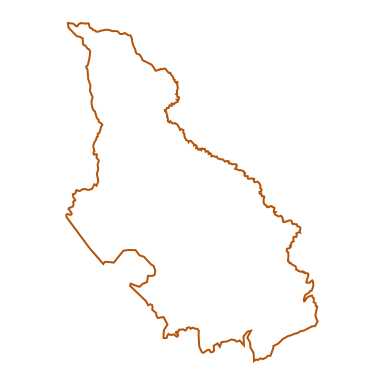 Djéma, Haut-Mbomou, Central African Republic (Natural Earth projection)
{"feature_id": "33826404B9662788023259", "entity_name": "Djéma", "entity_type": "district", "adm_level": 2, "iso_a3": "CAF", "parent_name": "Central African Republic", "parent_adm1": "Haut-Mbomou", "projection": "natural_earth1", "projection_center": [25.567, 6.936], "detail": "fine", "context": "isolated", "style": "outline", "palette": "amber", "viewbox_px": 384, "rotation_deg": 0, "n_neighbors": 0, "source": "geoboundaries", "source_scale": "gbopen_adm2", "svg_char_len": 5937}
<svg xmlns="http://www.w3.org/2000/svg" viewBox="0 0 384 384"><path d="M317.2,306.6L315.6,305.8L315.8,304.1L315.5,303.1L313.7,302.2L313.9,298.4L312.6,297.4L312.1,295.6L311.2,295.6L307.8,297.1L306.5,298.3L304.7,301.2L304.1,301.3L303.9,300.5L303.9,299.3L305.1,295.2L309.3,292.4L310.2,290.9L311.7,290.6L313.4,285.9L313.0,281.9L312.3,280.4L311.6,280.7L309.7,282.7L306.4,282.6L306.3,281.9L308.5,274.9L308.0,273.5L305.8,273.2L304.7,272.3L304.1,272.9L302.7,271.3L301.7,271.9L298.4,271.0L297.1,269.8L296.2,269.6L296.1,267.6L295.3,266.1L291.9,264.5L290.7,263.0L289.6,263.2L288.9,261.6L287.9,261.0L288.4,256.8L288.3,252.4L286.7,251.4L286.9,248.9L287.6,248.5L289.4,248.3L290.8,246.9L290.0,246.2L289.9,245.6L291.3,244.7L291.1,243.6L291.5,242.6L292.0,242.0L293.7,241.3L293.3,240.2L293.6,237.0L294.1,236.7L296.3,236.9L296.8,234.8L296.3,233.4L299.1,232.2L300.1,232.6L299.7,231.2L300.4,228.9L300.4,227.6L298.7,226.5L297.4,226.3L296.8,224.3L295.8,224.5L294.1,223.7L292.8,224.1L292.1,223.2L291.5,220.9L291.0,220.6L289.3,220.4L284.1,222.2L283.5,222.1L282.9,220.9L283.2,219.6L282.4,218.4L282.3,217.3L281.9,216.6L280.7,215.7L280.0,216.2L278.4,216.3L275.2,214.6L274.6,213.1L275.5,212.1L274.0,212.2L273.7,211.6L274.4,208.9L274.3,207.6L272.4,207.1L271.8,206.2L270.8,206.0L269.0,207.2L268.0,206.5L267.1,207.1L265.7,204.9L264.6,204.6L263.7,202.9L263.6,200.0L263.8,198.3L264.3,197.4L264.2,196.5L263.8,196.2L261.8,196.3L261.3,193.6L260.0,193.8L259.5,193.1L259.5,191.8L261.2,191.3L261.5,189.3L260.2,188.1L260.5,186.1L259.5,183.5L257.7,181.7L254.9,182.2L254.3,181.9L253.7,180.4L254.2,179.4L254.1,178.8L252.3,178.5L248.5,178.8L247.8,178.3L247.7,176.2L245.2,176.1L244.5,175.6L244.4,174.3L245.2,173.5L245.1,173.0L244.1,172.4L243.6,171.2L240.6,170.1L239.8,170.3L237.9,169.9L236.9,169.2L235.2,169.0L235.3,168.3L236.8,166.2L236.6,164.6L235.7,164.2L232.1,164.3L231.1,163.6L228.8,163.4L228.6,162.7L229.0,161.5L228.8,161.3L226.7,161.0L225.0,161.7L222.9,159.4L221.4,159.4L218.2,158.6L217.5,158.0L216.8,156.6L215.6,156.9L213.6,156.0L211.4,156.4L211.1,153.9L210.0,153.2L209.1,154.1L208.6,154.1L208.2,151.5L207.0,151.1L205.6,151.7L204.7,148.8L202.9,149.0L202.0,148.4L201.6,148.6L201.2,150.1L200.1,149.0L199.0,149.8L198.4,149.8L198.1,148.7L197.5,148.4L197.3,147.8L196.2,148.3L196.0,148.0L196.5,146.2L196.1,145.4L195.0,144.8L194.0,145.4L193.9,144.2L191.1,141.1L190.5,140.8L189.3,141.2L188.7,142.1L188.3,141.0L186.2,140.1L184.5,136.6L184.3,133.9L183.3,132.8L183.4,130.1L181.5,129.2L179.9,129.9L179.6,128.1L178.0,125.9L177.6,124.6L176.3,124.1L175.4,123.2L172.4,123.4L170.3,121.2L169.6,122.4L167.9,121.4L167.9,118.4L166.9,116.9L167.4,115.5L166.4,113.3L166.3,112.1L165.2,111.4L164.8,110.1L166.0,109.9L166.9,108.0L168.7,107.9L169.5,105.4L171.7,105.8L171.5,103.9L171.9,103.4L173.8,104.3L175.2,102.7L176.4,102.5L177.9,101.6L177.9,100.9L176.9,99.6L178.6,99.5L179.0,98.4L178.8,97.1L177.4,96.8L177.1,94.6L176.2,94.2L177.1,93.1L176.8,90.9L177.6,89.1L177.7,87.1L177.1,84.2L177.5,82.1L177.0,81.8L175.9,82.6L175.5,82.3L174.5,80.9L174.7,79.8L173.6,79.2L173.2,77.1L170.9,74.4L170.4,72.8L168.7,72.9L165.3,68.6L163.9,68.6L162.9,69.2L160.4,69.1L159.7,69.8L158.6,69.6L157.4,70.4L155.5,70.7L154.0,67.9L151.5,64.6L142.6,60.2L141.7,57.9L139.8,54.8L136.9,53.7L135.8,52.3L135.3,49.6L133.4,45.8L132.3,42.2L132.0,39.3L130.8,35.6L128.1,35.1L124.7,32.9L123.3,33.8L120.6,34.1L119.5,33.5L118.5,32.1L117.6,31.4L115.5,31.0L112.3,31.2L109.5,30.0L106.0,29.7L100.5,30.8L98.3,31.7L96.3,31.7L95.0,30.5L93.1,30.0L92.1,28.5L90.2,28.0L89.6,27.0L88.8,23.7L88.4,23.3L85.8,23.6L80.8,23.1L78.3,24.4L77.5,26.0L76.5,26.4L73.4,23.7L67.9,23.0L68.5,27.6L76.8,36.2L79.8,36.8L82.7,38.4L83.0,43.5L83.5,45.0L85.4,45.6L87.4,48.5L89.1,49.4L90.2,51.5L89.5,57.9L88.0,64.5L86.1,67.0L87.6,70.0L88.2,78.9L90.5,85.6L89.9,90.8L92.6,97.2L91.4,102.0L92.1,106.8L93.4,110.2L94.9,111.4L96.9,118.1L98.7,119.9L98.5,120.9L99.2,122.2L101.3,123.4L102.4,124.8L101.3,126.3L99.4,132.9L97.8,133.6L97.7,136.6L96.9,136.9L95.8,140.2L94.8,141.6L93.5,144.7L93.3,146.9L94.4,151.0L93.5,152.3L93.6,154.0L94.1,154.7L95.8,154.1L96.7,154.3L97.0,155.2L96.4,157.1L97.0,158.5L98.3,159.5L98.9,160.9L97.6,164.3L98.2,169.2L96.8,174.1L97.9,178.7L98.2,181.7L96.5,185.7L94.4,184.3L92.1,188.8L89.2,189.8L87.7,189.8L85.4,189.1L83.7,189.1L82.4,189.4L80.1,190.8L78.8,191.0L76.8,190.1L75.9,190.7L75.8,192.2L75.2,193.5L72.8,194.2L73.5,197.7L75.2,199.8L75.2,200.6L73.6,201.1L73.2,202.4L73.6,204.3L73.0,206.3L71.5,207.2L69.1,207.9L68.5,209.0L70.2,210.8L70.3,211.7L71.4,212.7L71.7,214.0L71.1,214.7L70.0,214.8L67.5,214.0L66.4,214.6L66.4,216.9L89.2,247.7L103.3,264.0L104.6,262.1L106.2,261.8L113.8,262.6L123.4,250.7L128.5,250.0L135.5,250.1L139.6,255.4L143.9,256.7L150.9,264.3L153.6,265.9L155.3,270.6L154.7,274.8L152.9,275.8L148.0,275.9L147.0,282.1L142.5,283.9L139.8,286.7L137.9,286.4L130.7,283.7L130.0,285.8L146.1,301.2L148.1,305.2L150.2,304.3L151.9,304.8L152.6,306.9L152.2,309.8L156.0,312.8L156.6,316.2L157.8,318.0L163.5,317.0L167.5,324.6L163.9,330.1L163.5,337.9L164.9,338.3L166.7,337.8L167.2,335.8L168.5,333.9L169.5,334.6L171.3,335.0L173.7,334.3L176.5,336.6L177.3,336.6L178.1,335.6L178.0,334.4L177.5,333.8L176.6,333.6L176.0,332.9L175.9,332.1L176.6,331.6L177.5,331.9L178.5,331.6L179.1,329.7L183.4,329.4L185.3,330.6L186.3,329.9L186.9,328.0L188.8,327.3L189.8,327.7L190.6,328.8L192.7,327.7L195.1,328.7L197.4,328.9L198.8,330.6L198.6,335.5L199.3,346.8L202.0,352.4L203.4,352.8L206.9,350.3L209.2,349.8L210.9,352.3L212.6,352.1L214.1,350.6L213.7,345.8L217.7,343.4L219.8,346.8L221.5,342.1L226.8,341.5L231.5,339.5L234.6,340.1L236.9,341.7L239.6,340.5L244.0,345.4L243.5,336.4L247.6,331.6L251.0,330.8L247.3,337.6L250.1,342.6L250.4,347.4L253.6,353.1L254.0,361.0L256.1,359.5L257.8,360.0L260.3,358.4L262.9,359.1L266.5,357.3L267.6,355.9L270.5,355.7L273.4,347.8L273.3,346.1L278.2,343.6L282.7,339.2L285.7,337.4L288.3,336.0L291.2,335.3L293.9,333.9L297.1,333.2L300.7,331.2L303.8,330.6L312.0,326.4L315.1,326.1L317.6,321.3L316.3,318.6L315.4,315.3L317.2,306.6Z" fill="none" stroke="#b45309" stroke-width="2"/></svg>